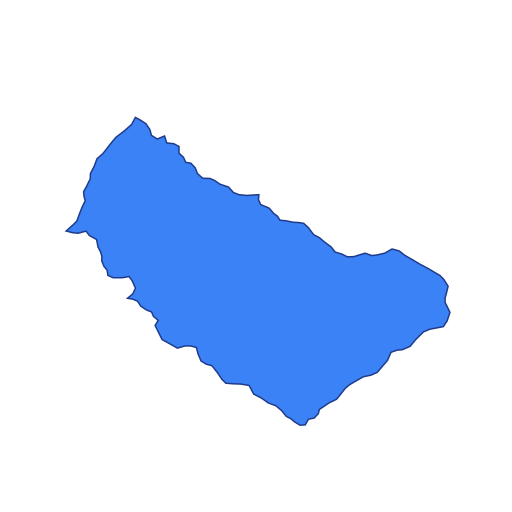 Cabrália Paulista, São Paulo, Brazil, rotated 67°
{"feature_id": "56859067B34183018686620", "entity_name": "Cabrália Paulista", "entity_type": "district", "adm_level": 2, "iso_a3": "BRA", "parent_name": "Brazil", "parent_adm1": "São Paulo", "projection": "natural_earth1", "projection_center": [-49.379, -22.481], "detail": "fine", "context": "isolated", "style": "filled", "palette": "blue", "viewbox_px": 512, "rotation_deg": 67, "n_neighbors": 0, "source": "geoboundaries", "source_scale": "gbopen_adm2", "svg_char_len": 2074}
<svg xmlns="http://www.w3.org/2000/svg" viewBox="0 0 512 512"><g transform="rotate(67 256 256)"><path d="M430.7,276.7L426.7,271.4L427.9,265.9L425.6,260.4L422.0,257.6L419.8,246.3L419.3,237.7L416.1,231.7L412.7,225.5L411.0,220.0L410.0,212.1L409.1,204.3L410.6,196.8L410.5,189.9L406.6,182.1L403.4,175.6L397.4,169.4L397.8,162.9L399.4,158.1L399.4,149.5L395.2,141.3L391.3,131.5L391.3,124.7L394.2,111.2L390.4,105.4L383.7,99.5L377.0,99.8L372.7,100.1L368.6,98.4L364.2,94.9L358.9,91.0L350.8,92.3L345.8,94.3L341.0,97.9L335.1,102.2L326.8,108.9L322.5,112.0L313.5,118.8L307.3,122.2L302.7,128.0L303.7,136.3L302.3,144.3L300.9,149.1L296.0,154.6L294.8,166.1L292.5,172.2L287.7,176.3L283.3,181.6L277.2,183.2L269.5,187.7L264.0,190.4L258.9,194.6L250.1,196.8L244.5,199.4L241.8,203.8L239.4,208.7L235.2,214.8L232.4,220.0L227.9,220.6L223.9,223.0L217.1,225.2L210.5,231.6L205.1,231.7L200.7,229.4L198.8,234.7L196.8,240.5L193.0,247.6L188.7,252.0L181.9,254.3L175.7,261.2L170.4,264.5L166.6,268.1L163.6,274.7L157.2,277.7L151.1,277.5L145.1,279.7L142.3,284.1L136.7,284.2L131.3,286.7L125.1,284.1L120.5,287.8L117.0,294.0L109.8,293.3L109.7,301.2L104.1,305.1L98.2,304.3L91.3,305.6L86.0,309.1L81.3,312.9L86.2,318.9L89.4,328.4L92.0,338.6L95.7,345.7L102.0,357.1L104.3,364.3L110.3,370.0L115.4,376.2L120.2,378.4L125.7,384.8L129.5,389.6L134.0,391.0L138.4,391.6L143.3,397.2L148.6,402.4L153.8,407.2L155.7,411.8L158.8,421.0L162.7,416.0L165.5,411.0L166.7,402.7L172.0,401.4L178.5,396.3L185.9,397.9L191.7,397.5L196.0,398.0L200.3,399.9L206.2,400.0L210.9,398.6L216.0,399.9L220.2,396.0L223.8,387.5L225.3,380.9L230.2,379.7L238.5,379.5L242.7,384.2L244.7,390.8L247.5,386.4L251.3,382.7L257.1,381.7L262.9,377.9L266.7,374.0L271.4,374.0L277.0,371.2L280.5,376.0L287.7,375.6L296.2,375.1L310.1,364.3L311.1,356.2L313.4,351.1L316.9,346.6L323.3,347.6L331.2,347.6L336.1,344.1L339.8,339.4L349.1,336.9L356.1,335.6L361.3,333.5L364.7,327.0L367.9,320.1L372.5,312.9L382.2,312.1L389.2,306.3L396.1,302.1L401.5,296.3L408.2,292.9L415.4,290.8L419.6,287.4L423.8,285.3L428.9,281.6L430.7,276.7Z" fill="#3b82f6" stroke="#1e3a8a" stroke-width="1.5"/></g></svg>